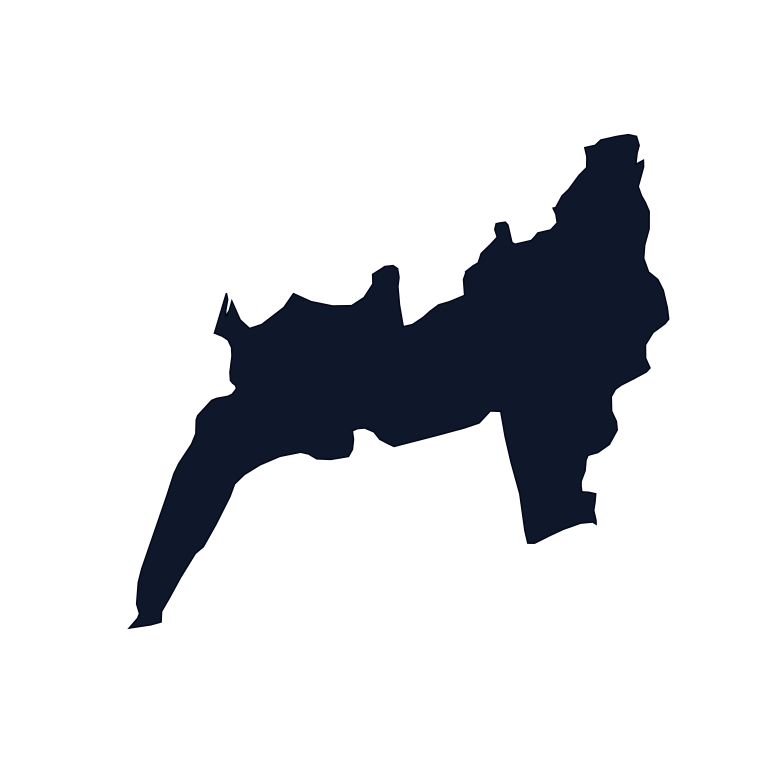 an SVG outline of Herzegovina-Neretva, rotated 77°
{"feature_id": "BIH-2228", "entity_name": "Herzegovina-Neretva", "entity_type": "Canton", "adm_level": 1, "iso_a3": "BIH", "parent_name": "Bosnia and Herzegovina", "parent_adm1": "", "projection": "natural_earth1", "projection_center": [17.847, 43.217], "detail": "fine", "context": "isolated", "style": "filled", "palette": "ink", "viewbox_px": 768, "rotation_deg": 77, "n_neighbors": 0, "source": "natural_earth", "source_scale": "10m", "svg_char_len": 3002}
<svg xmlns="http://www.w3.org/2000/svg" viewBox="0 0 768 768"><g transform="rotate(77 384 384)"><path d="M346.1,532.8L338.1,531.5L322.5,525.8L314.2,524.3L306.0,526.1L300.9,531.0L296.2,537.8L296.0,537.6L260.0,517.1L266.5,517.3L276.6,521.6L282.9,523.2L277.4,518.1L269.0,513.6L289.2,509.7L299.7,502.5L298.5,489.4L298.4,489.4L286.9,464.3L275.6,451.9L287.3,436.6L296.4,416.6L300.4,397.9L296.0,385.9L295.4,384.1L284.0,372.3L275.5,370.6L274.6,370.4L270.8,359.6L269.7,356.7L270.7,348.5L274.7,344.8L283.5,345.4L292.0,348.5L299.8,349.6L310.2,351.1L331.4,352.3L332.5,352.3L332.5,342.9L328.6,332.6L328.0,331.1L327.2,329.5L323.6,323.0L319.2,313.0L319.1,311.5L318.6,302.4L318.3,300.0L317.2,293.6L315.8,285.5L300.0,283.0L294.1,279.3L293.0,279.3L289.1,271.1L287.1,264.9L278.7,259.9L271.9,248.7L266.4,240.6L260.6,241.1L258.5,241.3L258.2,241.2L253.1,238.7L253.1,235.7L253.6,229.4L254.3,229.0L257.0,227.5L261.5,227.5L269.4,227.5L274.8,227.5L276.3,226.0L277.3,225.1L277.3,217.5L277.3,208.2L274.8,204.5L274.8,204.4L271.4,200.1L271.4,195.7L271.4,187.0L268.5,182.7L265.9,178.9L265.3,178.9L257.1,178.3L252.7,179.3L250.7,179.7L250.7,177.0L245.2,172.1L240.8,168.3L235.9,160.2L224.6,147.1L218.7,137.8L208.3,135.2L202.9,135.2L198.9,135.2L198.9,130.2L199.0,124.7L195.0,117.8L195.1,111.6L195.1,102.3L195.3,98.9L196.0,89.7L198.4,84.7L199.5,82.3L208.9,81.7L215.8,85.4L226.6,89.2L224.7,82.3L224.3,80.9L230.8,82.2L238.5,86.3L248.8,91.9L258.3,90.8L266.0,88.5L275.4,86.8L292.5,90.8L307.4,98.8L320.0,102.7L334.4,101.0L337.2,98.8L343.8,93.7L355.5,90.8L373.6,90.8L384.8,92.0L387.1,94.9L388.4,96.5L392.5,105.9L394.3,110.2L404.6,120.4L405.9,120.7L417.7,123.3L428.2,121.2L431.2,125.6L434.9,139.0L435.3,140.4L435.5,141.4L438.5,153.4L441.2,159.7L447.5,165.4L459.5,167.9L461.4,168.3L464.0,167.8L472.7,166.0L480.5,167.0L481.3,167.1L484.0,169.5L493.4,177.9L493.5,177.9L498.9,191.1L499.2,198.1L499.4,201.3L503.4,204.2L513.8,207.6L521.9,213.0L523.3,213.8L524.6,214.2L528.2,215.0L532.6,215.4L533.6,215.6L535.4,209.3L538.6,202.4L545.7,204.7L545.8,204.7L554.4,208.1L564.7,208.1L568.3,208.9L565.8,211.3L565.4,211.7L563.8,223.9L565.9,242.0L569.2,257.5L573.0,273.1L571.4,279.7L558.6,279.7L521.7,276.4L489.2,277.8L462.5,277.8L436.9,276.4L435.1,283.1L434.2,286.5L443.3,300.0L444.9,315.6L446.0,345.8L447.1,388.3L442.8,393.7L437.0,400.5L428.4,404.6L422.5,412.7L421.5,420.0L422.5,425.4L429.8,426.0L431.1,426.2L433.0,426.8L440.7,429.5L446.6,434.9L446.0,445.0L445.5,452.8L441.8,466.3L439.2,469.1L435.4,473.0L431.7,480.5L431.2,497.6L431.1,502.1L431.3,503.0L434.9,523.0L440.8,540.5L447.4,551.4L447.7,552.0L448.0,552.2L459.0,559.4L482.6,579.0L491.2,586.8L501.9,596.6L505.1,602.9L506.7,606.0L526.6,625.6L544.8,641.8L555.6,651.9L565.7,654.7L566.2,665.1L564.5,687.2L556.9,676.8L552.8,673.9L542.7,674.5L522.2,668.1L509.9,661.8L444.4,620.9L424.1,608.8L415.4,601.9L399.3,585.0L390.1,578.5L377.0,575.1L372.9,572.7L361.2,555.6L360.4,550.2L360.9,538.8L359.8,534.2L355.4,528.8L352.0,528.9L349.1,531.3L346.1,532.8Z" fill="#0f172a" stroke="#020617" stroke-width="1.5"/></g></svg>